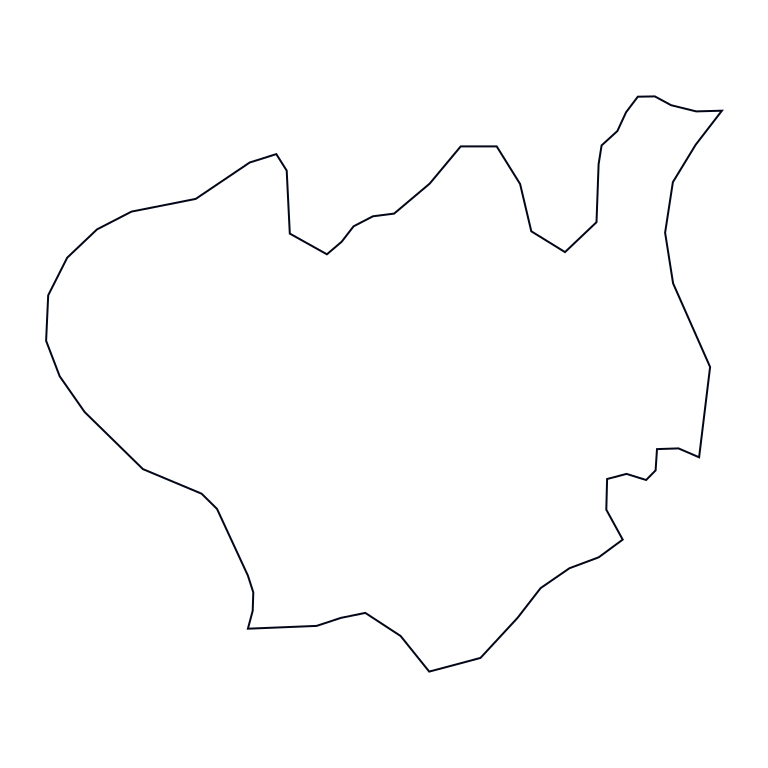 outline of Cəlilabad
{"feature_id": "AZE-1700", "entity_name": "Cəlilabad", "entity_type": "District", "adm_level": 1, "iso_a3": "AZE", "parent_name": "Azerbaijan", "parent_adm1": "", "projection": "albers", "projection_center": [48.489, 39.203], "detail": "fine", "context": "isolated", "style": "outline", "palette": "ink", "viewbox_px": 768, "rotation_deg": 0, "n_neighbors": 0, "source": "natural_earth", "source_scale": "10m", "svg_char_len": 899}
<svg xmlns="http://www.w3.org/2000/svg" viewBox="0 0 768 768"><path d="M247.9,628.7L252.7,610.8L253.3,592.4L247.9,575.6L217.0,508.9L201.6,493.7L142.9,469.1L84.6,412.0L59.7,376.3L46.1,340.8L48.2,295.3L67.2,257.7L97.0,229.4L131.5,211.6L195.7,198.9L249.7,162.5L276.3,154.1L286.7,170.6L289.8,233.6L326.9,254.3L341.7,241.7L353.6,226.3L372.9,216.3L394.1,213.6L429.7,183.6L460.7,146.4L496.7,146.4L520.1,184.0L531.3,231.3L565.0,252.1L596.5,222.2L598.6,164.2L601.6,145.4L617.4,131.0L626.1,112.2L637.8,96.7L654.8,96.4L671.1,105.2L696.2,111.4L721.9,110.7L695.7,144.7L672.9,182.1L665.1,232.7L673.1,283.4L710.1,367.0L699.1,457.3L678.5,448.4L657.0,449.1L655.6,470.4L646.1,480.0L626.5,473.9L607.1,479.0L606.3,509.7L622.7,539.6L598.7,557.3L569.5,568.2L540.6,588.1L517.6,617.8L480.5,657.9L429.2,671.6L400.6,636.0L365.3,612.9L340.8,617.9L316.6,625.9L247.9,628.7Z" fill="none" stroke="#020617" stroke-width="2"/></svg>